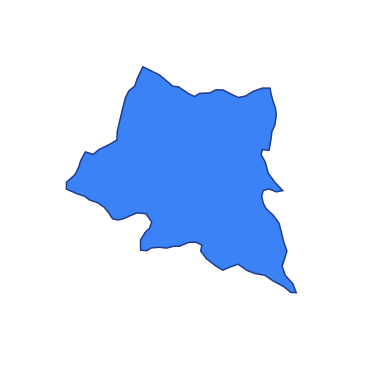 Elisiário, São Paulo, Brazil, rotated 156°
{"feature_id": "56859067B94900392245754", "entity_name": "Elisiário", "entity_type": "district", "adm_level": 2, "iso_a3": "BRA", "parent_name": "Brazil", "parent_adm1": "São Paulo", "projection": "robinson", "projection_center": [-49.092, -21.153], "detail": "fine", "context": "isolated", "style": "filled", "palette": "blue", "viewbox_px": 384, "rotation_deg": 156, "n_neighbors": 0, "source": "geoboundaries", "source_scale": "gbopen_adm2", "svg_char_len": 1409}
<svg xmlns="http://www.w3.org/2000/svg" viewBox="0 0 384 384"><g transform="rotate(156 192 192)"><path d="M262.6,159.8L257.1,156.7L252.1,157.5L244.5,154.9L238.1,151.1L231.0,149.9L225.6,147.6L215.4,147.3L208.6,144.4L204.6,139.4L208.1,134.5L205.9,125.2L200.5,114.9L195.7,108.1L188.6,108.0L179.4,107.4L173.2,97.5L167.9,92.1L159.3,86.3L154.1,77.8L146.5,68.0L142.6,60.1L137.7,57.6L137.2,67.2L140.7,77.9L139.8,87.7L134.8,93.1L129.3,99.6L128.5,109.2L126.4,120.8L125.2,127.9L127.2,137.6L131.0,146.6L131.5,152.3L130.2,159.5L126.4,164.4L120.4,163.5L115.0,157.9L108.5,156.3L112.4,167.2L114.7,178.2L112.9,189.9L113.7,198.1L110.4,202.2L104.7,198.7L101.5,203.4L98.0,208.7L94.5,214.6L89.2,219.3L83.8,227.7L81.6,234.8L81.0,242.4L79.9,249.5L78.4,255.1L85.3,258.3L95.4,259.1L104.0,257.9L111.3,259.5L116.6,265.7L122.1,272.6L128.5,275.6L135.3,275.3L145.0,279.0L150.9,278.2L155.3,283.5L161.5,293.5L166.5,296.5L170.6,305.0L174.3,312.4L180.0,319.2L186.0,326.4L195.7,318.0L201.3,312.0L208.7,310.0L214.5,305.2L221.1,296.9L235.6,277.8L239.5,270.0L247.2,269.1L254.5,268.8L259.6,268.7L266.9,266.5L273.1,272.0L281.2,265.7L285.1,261.1L291.7,255.5L302.7,252.0L305.6,245.8L297.3,236.7L291.7,231.7L289.0,226.5L282.7,220.8L278.4,213.7L276.5,206.6L275.5,199.9L270.9,196.5L265.8,195.5L260.5,195.5L250.7,195.3L242.9,190.9L241.0,181.0L245.5,176.3L251.5,174.0L258.6,169.1L262.6,159.8Z" fill="#3b82f6" stroke="#1e3a8a" stroke-width="1.5"/></g></svg>